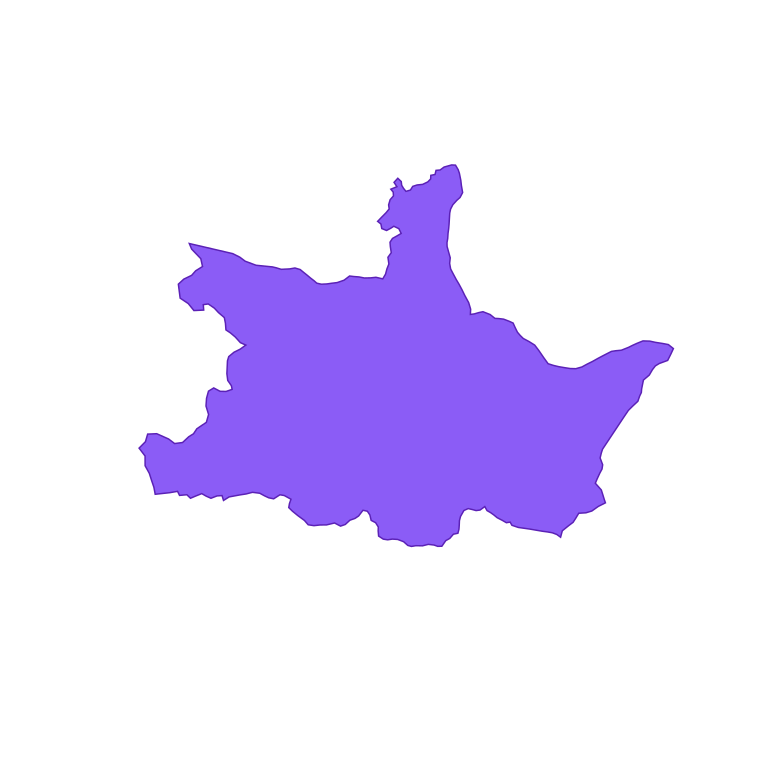 outline of Goiânia, Goiás, Brazil, rotated 231°
{"feature_id": "56859067B64953351303571", "entity_name": "Goiânia", "entity_type": "district", "adm_level": 2, "iso_a3": "BRA", "parent_name": "Brazil", "parent_adm1": "Goiás", "projection": "albers", "projection_center": [-49.264, -16.642], "detail": "fine", "context": "isolated", "style": "filled", "palette": "violet", "viewbox_px": 768, "rotation_deg": 231, "n_neighbors": 0, "source": "geoboundaries", "source_scale": "gbopen_adm2", "svg_char_len": 4059}
<svg xmlns="http://www.w3.org/2000/svg" viewBox="0 0 768 768"><g transform="rotate(231 384 384)"><path d="M229.4,631.2L235.7,629.8L240.3,625.9L245.5,621.2L250.0,617.6L254.5,612.4L256.4,606.2L257.6,601.6L258.6,597.1L260.9,589.7L263.9,585.2L266.2,581.3L267.2,576.6L268.1,572.3L269.3,566.2L270.3,560.3L271.7,554.0L272.7,548.5L275.2,542.7L278.9,538.4L282.4,535.2L287.5,530.7L291.8,527.4L296.5,524.3L303.9,524.7L308.8,525.1L312.7,525.4L319.4,525.6L325.8,523.4L331.7,520.9L336.0,520.4L340.3,520.3L345.6,521.5L350.1,522.7L353.9,520.8L359.1,517.8L362.6,514.4L365.2,511.5L371.2,510.2L377.9,506.4L379.8,502.7L381.6,498.4L383.7,494.9L387.6,498.4L393.9,501.0L402.0,502.5L408.0,503.9L414.3,505.1L419.8,505.9L426.6,507.2L431.5,508.2L436.4,510.9L440.4,514.9L446.2,517.4L451.2,519.6L454.2,521.9L456.9,525.0L460.8,528.6L463.9,531.9L467.0,534.9L471.8,539.3L475.5,542.7L478.0,545.8L480.0,550.3L480.9,556.2L481.1,560.5L483.3,565.6L489.6,569.1L494.0,571.9L500.3,575.2L503.8,576.5L509.1,577.3L511.7,574.4L514.8,567.2L515.0,562.3L517.3,558.9L514.7,555.5L516.7,551.7L514.0,549.3L513.5,545.2L514.8,539.7L517.9,534.9L519.5,530.7L518.1,526.6L519.9,522.3L523.8,522.3L527.3,522.8L530.5,524.8L535.2,524.2L534.4,518.7L529.2,518.2L531.1,511.9L527.3,511.9L524.2,509.7L523.4,504.8L520.3,500.3L516.8,498.2L515.8,493.3L515.2,487.8L514.4,481.4L510.3,482.3L506.2,480.1L501.7,482.6L500.8,487.2L500.4,490.9L495.4,493.3L490.2,492.1L490.8,488.0L491.8,482.2L490.4,477.9L486.8,475.4L481.5,472.3L480.0,466.8L474.2,463.3L471.6,458.7L468.4,454.3L466.5,449.2L472.0,444.9L474.9,440.4L478.7,435.5L482.9,432.0L486.5,428.2L489.6,425.2L489.8,418.3L492.3,411.4L495.5,406.3L497.7,402.6L501.0,398.1L504.7,395.2L508.4,394.6L512.5,393.6L516.7,392.8L521.3,391.8L525.7,390.9L530.2,387.8L532.9,383.0L537.8,376.3L542.1,373.4L545.2,371.0L556.8,359.3L566.8,353.4L573.2,351.8L580.5,348.5L615.7,321.1L609.9,319.4L596.7,320.5L589.5,316.9L590.5,308.9L589.5,302.9L591.5,294.4L591.0,287.0L579.0,279.6L569.7,282.5L560.7,282.5L554.9,290.4L559.4,293.5L556.8,297.8L549.7,299.9L543.7,300.3L536.1,301.7L531.0,299.0L525.5,295.2L520.4,296.8L514.1,298.0L506.5,298.4L501.2,301.1L501.6,294.1L503.1,287.4L503.0,280.6L500.5,276.9L490.9,268.4L485.1,264.8L478.7,264.3L475.4,262.6L477.6,256.6L481.5,252.0L488.1,249.2L488.9,243.1L484.6,237.1L478.9,231.8L470.7,228.5L466.0,221.8L466.4,217.5L467.0,210.4L465.2,204.6L465.9,199.2L465.3,190.6L469.5,183.8L476.8,182.0L488.4,176.1L493.8,168.8L489.3,162.3L488.3,153.3L478.4,153.0L470.8,146.9L462.3,145.4L455.1,142.6L448.6,140.2L442.3,136.8L434.3,149.2L430.5,156.0L426.1,155.0L422.0,161.1L417.0,161.7L415.6,166.6L413.5,173.4L408.8,175.2L404.1,177.6L402.1,183.8L399.2,187.9L394.5,186.0L393.7,192.6L388.5,202.2L385.3,207.7L382.6,213.6L377.3,218.7L372.2,220.8L368.1,222.8L364.2,226.0L363.4,233.4L360.1,236.3L353.0,239.2L350.6,235.3L347.9,232.2L342.8,232.8L336.0,234.2L328.0,236.3L322.3,236.5L318.0,240.4L314.6,245.7L310.7,250.6L307.1,258.1L300.9,260.8L299.2,265.5L299.6,271.8L297.8,276.8L297.4,281.2L299.1,288.2L295.6,291.0L291.1,290.6L286.1,288.2L281.5,290.2L276.5,289.6L273.5,287.0L269.2,284.1L263.9,285.8L260.6,288.8L258.2,292.9L254.6,296.8L249.1,300.0L243.6,300.9L240.5,303.1L238.3,307.0L234.0,312.1L231.5,317.5L227.4,321.5L224.0,323.6L221.5,326.9L223.4,333.4L222.6,337.9L223.6,343.4L221.5,347.5L224.0,350.9L226.9,353.6L230.3,356.6L232.9,360.1L235.4,366.5L234.2,371.0L230.9,373.6L227.7,375.9L225.6,379.3L225.3,385.2L220.8,384.4L216.9,385.9L213.3,386.9L208.9,387.8L203.4,390.2L199.2,391.8L197.3,395.1L193.7,394.5L188.0,398.1L179.4,406.1L173.9,410.9L169.8,414.5L166.1,418.0L162.4,421.2L158.3,423.6L153.8,424.8L157.7,430.2L157.7,438.7L157.5,443.9L159.0,448.5L161.0,454.0L156.8,459.9L154.5,465.6L154.0,473.5L152.3,481.3L155.6,482.5L160.3,484.4L164.9,486.2L173.9,485.8L176.1,489.9L178.9,495.6L180.7,499.9L183.6,503.1L190.5,505.4L193.5,509.3L195.8,512.8L207.3,549.4L209.7,557.3L210.3,563.2L210.8,570.4L213.8,575.2L215.4,578.6L218.1,581.2L223.8,588.1L224.0,595.8L226.2,601.6L227.3,606.3L226.7,610.8L225.3,614.9L223.8,619.3L226.8,625.9L229.4,631.2Z" fill="#8b5cf6" stroke="#5b21b6" stroke-width="1.5"/></g></svg>